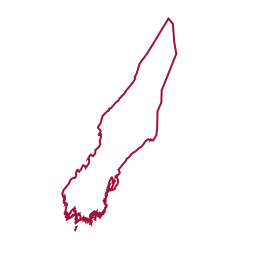 Borgarbyggð, Vesturland, Iceland (Equal Earth projection), rotated 301°
{"feature_id": "244011B50787148750106", "entity_name": "Borgarbyggð", "entity_type": "district", "adm_level": 2, "iso_a3": "ISL", "parent_name": "Iceland", "parent_adm1": "Vesturland", "projection": "equal_earth", "projection_center": [-22.083, 64.706], "detail": "fine", "context": "isolated", "style": "outline", "palette": "rose", "viewbox_px": 256, "rotation_deg": 301, "n_neighbors": 0, "source": "geoboundaries", "source_scale": "gbopen_adm2", "svg_char_len": 5706}
<svg xmlns="http://www.w3.org/2000/svg" viewBox="0 0 256 256"><g transform="rotate(301 128 128)"><path d="M130.7,156.0L136.4,156.0L143.2,152.9L157.5,144.7L167.1,143.4L177.6,137.5L216.5,131.2L225.6,123.3L240.4,112.8L242.6,106.3L201.7,106.1L189.3,104.8L178.9,107.4L175.0,107.5L174.3,108.7L170.3,108.9L159.1,107.2L154.8,107.1L151.8,106.0L150.7,106.2L149.5,105.6L146.2,105.6L144.8,104.7L136.0,103.1L134.8,101.9L134.3,102.0L134.3,102.4L133.5,102.6L132.4,102.3L131.6,101.6L125.4,100.0L118.0,102.0L113.2,101.8L112.5,102.6L112.0,104.8L111.2,106.3L107.2,106.3L106.8,106.7L107.0,107.2L108.5,108.2L105.9,109.7L102.3,110.4L99.8,112.7L96.4,112.7L92.3,111.4L89.3,113.0L85.8,112.5L85.6,110.6L85.9,109.8L84.8,109.5L81.0,109.7L81.6,110.1L81.4,110.6L78.1,112.7L72.0,112.3L73.2,111.0L73.0,108.8L67.2,109.1L66.4,108.5L65.4,108.6L65.2,107.5L66.2,106.5L65.8,106.1L62.5,106.6L60.6,108.1L57.8,108.3L57.4,107.0L54.8,105.6L52.9,105.4L50.3,106.0L40.9,104.7L40.2,105.1L37.8,105.5L37.3,106.2L36.7,106.5L35.6,108.1L35.7,108.4L36.7,108.5L35.7,109.0L36.5,109.3L36.1,109.8L35.4,110.2L33.2,110.1L32.0,110.7L31.8,111.0L32.2,111.2L30.9,111.5L30.7,112.8L31.6,113.3L31.2,114.0L30.5,114.0L31.4,114.5L31.0,115.2L27.5,116.0L25.2,117.1L22.8,117.4L22.2,117.8L23.1,118.5L22.9,118.6L23.4,119.1L22.4,119.1L22.9,119.6L20.9,120.5L19.9,120.3L19.0,120.8L21.8,120.6L23.3,120.0L23.1,120.5L22.6,120.5L22.9,120.8L21.6,121.6L22.2,121.9L20.0,122.4L21.7,123.1L22.8,122.1L24.8,122.0L25.0,122.5L26.1,122.5L26.9,121.9L31.5,123.2L30.9,123.4L31.3,124.0L28.8,124.7L28.6,125.1L29.5,125.2L29.8,126.1L28.9,126.3L28.1,127.3L26.8,127.2L26.4,126.8L26.9,126.5L25.9,126.8L25.9,128.2L25.6,128.8L22.7,129.9L22.9,130.5L22.4,131.4L23.0,131.6L23.3,131.0L24.2,130.8L25.1,130.0L26.0,129.8L25.7,130.1L27.3,129.3L29.0,129.2L28.0,129.6L28.7,129.8L28.2,130.1L30.2,130.4L28.9,130.6L29.1,130.9L28.2,131.3L28.9,131.3L28.3,131.7L28.1,132.6L26.8,133.4L27.1,133.4L25.4,134.0L23.4,133.2L20.1,132.2L20.9,131.3L19.8,131.5L19.4,132.2L25.1,134.0L25.5,134.4L24.9,134.8L27.2,136.1L26.8,136.6L27.7,135.8L28.8,135.9L28.3,136.4L28.5,136.5L28.0,137.5L27.3,138.0L27.7,137.8L27.8,138.3L28.7,137.9L27.9,138.5L28.4,138.4L28.3,138.6L28.0,138.5L26.8,139.5L27.9,139.0L27.4,139.5L28.0,139.2L28.2,139.4L28.7,139.0L29.4,138.9L29.5,138.9L29.3,139.0L28.9,139.1L28.7,139.5L29.0,139.5L28.5,140.1L27.8,140.2L28.5,140.1L27.6,141.5L28.0,141.1L28.1,141.5L28.4,141.3L28.3,141.6L29.0,141.7L28.9,141.9L30.0,141.7L29.9,142.1L30.7,141.6L30.9,141.9L31.7,141.5L31.8,142.2L33.6,140.6L34.9,140.3L35.4,140.7L35.0,140.8L36.3,141.1L35.8,141.6L37.3,141.3L38.0,141.6L37.0,141.8L35.7,142.9L34.2,142.6L34.5,142.9L34.2,143.0L35.8,143.0L37.1,142.6L37.8,142.8L38.3,141.9L39.1,142.5L39.3,143.0L37.8,143.2L37.9,143.4L38.6,143.2L37.9,143.9L38.2,144.3L39.1,144.0L40.1,144.2L39.4,144.5L39.5,144.9L38.4,145.1L38.1,145.7L38.5,145.9L38.2,146.0L38.4,146.2L37.7,146.1L38.2,146.5L37.8,146.7L38.1,147.3L37.3,147.2L36.9,147.8L36.9,149.0L37.5,148.2L37.5,147.5L38.2,148.0L37.6,148.5L38.3,149.6L38.5,149.1L38.3,148.9L38.8,148.9L38.3,148.4L38.2,147.6L38.6,147.2L38.4,146.8L38.8,146.7L39.5,147.1L39.2,147.3L39.5,147.8L40.8,147.7L40.5,148.7L40.8,148.7L40.8,149.0L40.5,149.2L41.4,149.5L41.5,149.8L41.8,149.5L42.1,149.8L41.7,150.0L41.8,150.3L42.8,150.3L43.3,149.8L43.5,150.1L43.1,150.4L44.2,150.4L44.9,149.7L46.0,149.7L44.6,150.3L44.6,150.7L43.9,151.1L44.8,151.1L45.2,150.4L47.6,149.9L47.4,149.7L48.0,149.4L49.3,149.3L48.4,150.0L50.5,149.9L51.4,147.8L50.9,147.4L51.2,146.7L50.6,146.7L52.1,146.4L53.4,145.5L53.0,145.3L53.3,145.0L52.9,145.0L53.1,144.5L54.2,144.8L54.9,144.5L55.0,145.1L55.6,144.4L55.3,145.6L56.2,145.0L57.3,145.0L57.3,144.6L58.2,144.5L58.4,144.1L58.7,144.7L59.3,144.8L60.2,143.9L60.3,142.9L60.8,143.1L61.4,142.5L62.8,142.9L63.2,142.5L63.9,142.6L64.4,141.9L65.1,142.5L64.2,142.9L64.5,143.2L63.2,143.8L63.9,144.0L64.9,143.4L66.0,144.0L65.2,143.5L65.2,142.7L66.7,142.3L66.5,142.1L67.1,141.5L66.9,141.2L68.3,141.1L67.7,142.0L69.2,141.7L69.5,141.6L68.7,141.3L68.7,140.8L70.7,140.5L71.2,139.9L76.7,139.3L77.4,139.6L77.3,139.9L75.4,141.8L73.7,142.9L72.0,143.0L75.6,143.0L76.2,143.3L76.0,144.1L73.7,144.1L69.0,145.0L67.7,144.9L66.8,144.3L67.0,144.8L66.1,145.4L67.4,145.9L67.6,146.4L67.1,146.7L68.7,148.1L70.4,147.6L74.6,147.9L77.2,147.1L78.3,146.1L79.1,144.9L80.3,144.0L79.0,142.7L80.1,142.3L81.5,142.6L81.8,142.9L81.5,143.1L82.4,143.6L84.9,144.2L86.0,143.4L87.4,141.3L98.6,143.0L101.3,142.8L103.6,143.9L107.2,144.3L109.9,145.3L111.6,146.4L116.9,148.0L118.5,149.1L121.5,149.6L125.4,149.7L128.6,151.0L129.2,152.4L128.5,153.3L129.9,153.5L129.7,154.0L130.1,154.5L129.7,155.3L130.7,156.0ZM28.1,144.1L26.3,144.8L26.7,145.5L26.6,146.0L27.7,145.3L29.2,145.3L29.7,144.6L29.3,144.3L29.4,144.1L28.1,144.1ZM24.0,125.8L22.5,125.2L18.7,122.7L19.0,122.1L17.9,122.7L22.8,125.7L24.5,126.0L25.4,125.7L25.3,125.3L23.4,125.3L23.7,125.6L25.0,125.4L24.0,125.8ZM40.5,149.5L39.4,149.1L39.4,149.8L39.0,149.7L38.3,150.0L40.4,150.3L41.6,150.9L43.0,150.7L41.5,150.7L40.3,150.1L40.5,149.5ZM29.4,142.3L27.4,141.7L26.6,141.9L26.5,142.1L27.7,142.3L28.0,142.9L28.5,143.1L29.4,143.0L30.1,142.5L29.3,142.7L29.4,142.3ZM37.0,144.2L36.6,144.7L37.7,144.9L37.7,145.4L37.4,145.3L37.2,145.5L37.5,145.7L38.5,145.0L38.0,144.8L38.3,144.5L37.5,144.6L37.6,144.2L37.0,144.2ZM34.2,145.2L33.8,146.2L34.3,146.3L34.8,146.0L34.1,145.9L34.2,145.2ZM52.9,146.7L53.2,146.0L52.7,146.5L51.8,146.5L52.9,146.7ZM36.7,144.7L35.4,144.4L36.0,144.7L35.9,145.2L36.7,144.7ZM33.5,146.8L32.6,146.6L32.6,147.2L33.5,146.8ZM33.2,143.8L33.2,143.0L32.4,143.5L33.2,143.8ZM26.1,137.5L27.0,136.7L25.8,137.4L26.1,137.5ZM14.1,135.2L13.6,135.0L13.4,135.3L13.8,135.3L13.7,135.6L14.1,135.2ZM16.5,134.7L16.1,134.4L15.7,134.8L16.5,134.7ZM26.7,139.1L26.0,139.4L25.9,139.6L26.7,139.1Z" fill="none" stroke="#9f1239" stroke-width="2"/></g></svg>